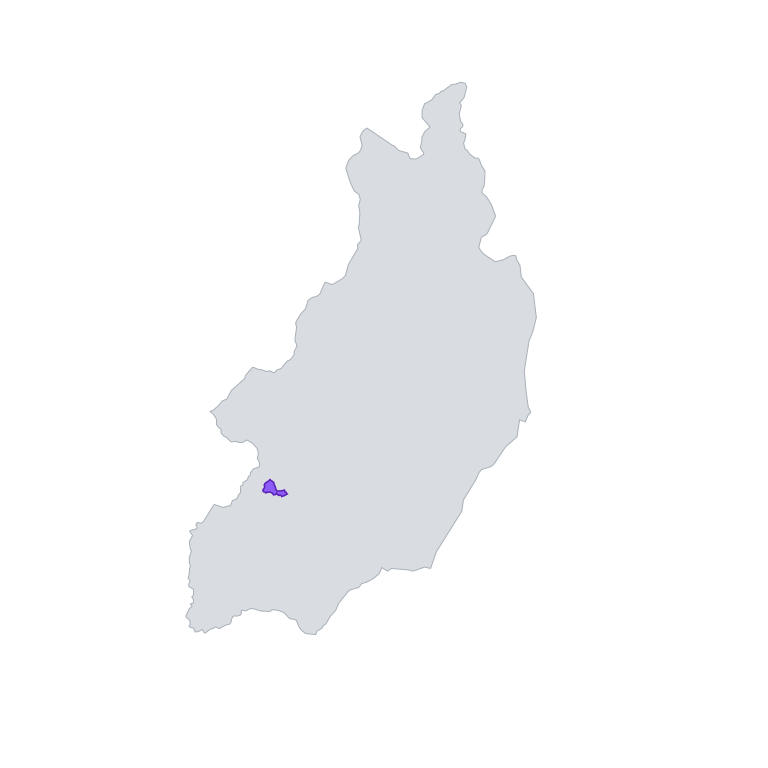 location of Tu'devtei, Dzavhan, Mongolia, rotated 296°
{"feature_id": "93677404B13111069178449", "entity_name": "Tu'devtei", "entity_type": "district", "adm_level": 2, "iso_a3": "MNG", "parent_name": "Mongolia", "parent_adm1": "Dzavhan", "projection": "albers", "projection_center": [96.497, 48.852], "detail": "fine", "context": "in_parent", "style": "filled", "palette": "violet", "viewbox_px": 768, "rotation_deg": 296, "n_neighbors": 0, "source": "geoboundaries", "source_scale": "gbopen_adm2", "svg_char_len": 5469}
<svg xmlns="http://www.w3.org/2000/svg" viewBox="0 0 768 768"><g transform="rotate(296 384 384)"><path d="M80.6,315.0L82.9,315.2L86.5,313.0L87.2,309.5L88.5,307.6L96.7,307.5L100.2,308.9L101.0,306.8L101.7,306.5L103.5,308.6L105.5,307.9L106.8,307.2L108.3,304.6L111.0,305.3L116.0,302.8L116.3,297.5L118.2,296.4L122.6,295.8L123.3,293.4L124.2,292.8L127.4,292.4L132.9,290.1L135.4,290.0L137.5,287.8L142.4,285.1L149.6,284.1L150.3,282.6L157.0,278.1L164.0,278.3L166.1,274.2L167.2,273.9L171.8,279.1L173.8,278.6L174.7,276.7L177.6,276.8L178.6,280.4L180.3,281.9L200.9,284.0L201.5,285.3L202.5,293.6L206.2,297.5L207.1,299.3L212.8,298.9L216.1,302.0L221.1,301.9L223.6,302.8L228.5,300.0L229.6,300.0L231.1,301.5L233.5,300.4L238.1,303.2L241.5,302.7L243.2,303.9L245.3,302.9L250.3,303.7L254.4,308.0L257.2,307.6L260.5,304.7L261.3,302.8L266.2,301.7L268.9,299.7L270.6,297.9L273.2,291.5L273.5,284.9L271.1,284.0L269.0,281.8L267.7,278.3L267.5,275.9L265.1,272.3L265.3,270.4L266.6,267.1L267.1,261.9L268.7,259.0L271.8,257.4L272.1,255.3L274.0,251.3L279.0,248.8L281.8,244.3L283.2,239.7L285.7,242.0L292.4,244.9L297.9,246.1L301.6,249.3L311.3,249.6L327.8,256.4L331.1,255.8L340.9,258.3L341.7,259.4L342.1,265.2L343.0,266.8L343.8,273.0L345.9,276.0L345.7,279.8L346.6,280.9L349.1,281.3L353.2,284.9L362.1,286.9L364.9,289.2L371.0,290.4L374.0,289.0L379.0,289.2L380.8,288.6L383.7,285.2L385.6,284.2L396.6,280.6L399.5,278.2L401.6,277.6L410.6,278.5L417.1,280.5L426.0,279.1L430.6,281.8L432.8,284.7L436.6,286.9L449.1,286.3L449.8,286.8L450.6,293.4L451.3,294.4L460.4,300.4L464.5,301.8L475.8,299.6L494.2,301.1L498.1,299.0L502.3,300.6L503.7,300.2L513.9,292.0L515.7,292.1L527.0,287.4L533.8,282.8L539.5,281.8L543.4,278.3L544.3,272.9L550.3,265.4L561.3,255.0L569.5,254.2L574.7,255.7L580.8,259.8L583.9,260.5L589.1,259.6L595.6,254.1L599.6,254.0L603.6,254.7L606.6,256.7L602.2,286.7L602.5,288.4L600.3,295.0L602.0,304.2L598.0,308.6L599.9,313.6L601.5,315.2L608.0,319.0L609.6,317.9L610.6,315.4L612.9,312.7L618.3,311.8L622.6,309.8L628.7,310.0L635.1,312.7L640.1,301.4L646.7,298.3L653.5,297.6L660.1,302.3L666.8,303.4L669.4,306.4L672.2,307.1L673.3,308.6L682.6,313.4L685.5,317.6L688.6,320.2L689.6,323.6L689.6,325.4L687.2,328.2L676.8,330.4L669.8,328.9L668.1,331.5L660.2,333.1L656.2,335.8L653.5,337.9L652.3,340.7L651.1,341.6L649.8,341.9L646.9,340.7L644.9,341.4L644.4,342.0L644.7,348.0L638.0,349.9L635.5,349.8L630.6,354.0L630.4,356.5L628.2,360.4L626.9,366.8L628.1,369.2L627.7,371.0L623.5,375.4L619.8,381.3L610.2,385.7L605.6,387.2L601.8,386.9L598.6,388.6L597.1,394.4L592.0,402.3L583.7,410.8L565.5,410.8L563.2,410.4L558.7,407.2L548.6,409.2L546.2,412.4L544.4,416.9L542.6,430.5L548.1,436.9L553.8,440.8L556.3,443.7L557.0,446.5L554.0,448.5L550.4,454.1L540.3,460.5L530.8,478.6L510.5,491.8L497.1,494.7L486.2,495.5L457.6,504.2L439.7,514.9L426.4,523.8L423.7,527.5L422.3,528.3L419.6,527.2L411.9,527.6L411.2,521.5L394.9,526.7L380.7,520.8L361.0,518.1L357.0,516.7L349.9,509.2L346.4,508.3L337.9,508.5L314.5,506.2L303.8,509.7L256.2,504.6L239.0,506.7L238.4,505.9L237.3,500.8L229.2,492.9L228.2,490.9L227.8,487.9L221.5,471.7L217.4,469.2L218.0,462.5L211.9,462.9L205.1,460.1L198.1,455.2L194.9,451.5L190.0,450.5L184.2,443.9L181.4,442.6L166.9,439.4L159.5,439.8L151.7,437.6L142.8,436.9L140.0,435.3L137.4,435.3L132.4,432.1L128.9,432.5L125.3,422.9L126.7,417.1L128.7,413.8L133.1,408.9L133.2,407.0L131.8,402.2L134.7,394.0L134.3,388.8L132.4,382.8L129.6,381.2L126.0,372.9L125.1,366.6L123.6,362.2L119.5,359.3L118.4,355.4L117.1,355.0L116.1,356.1L113.5,356.4L111.1,353.9L109.9,351.0L108.4,350.2L105.6,350.0L102.9,351.0L100.2,350.2L98.0,347.5L91.9,343.1L92.0,340.4L91.3,338.4L89.4,337.6L87.7,335.5L81.8,332.5L81.8,331.1L83.7,328.3L79.8,325.5L78.4,322.8L81.2,319.7L80.4,317.3L80.6,315.0Z" fill="#d9dde1" stroke="#a8b0b8" stroke-width="1"/><path d="M234.7,324.2L234.2,325.5L234.9,326.1L235.2,326.4L235.3,326.4L235.3,326.5L235.5,326.7L235.7,326.8L235.8,326.9L235.9,327.0L236.1,327.5L236.9,329.1L236.9,329.6L236.9,329.8L236.9,330.0L236.9,330.3L236.9,330.5L237.0,331.0L236.8,331.8L236.7,331.8L236.6,332.0L236.5,332.3L236.4,332.6L236.3,332.8L236.2,332.8L236.1,333.0L236.0,333.3L235.9,333.4L236.3,333.9L236.7,334.4L236.8,334.5L237.1,334.9L237.1,335.0L237.4,335.3L238.5,335.4L238.4,335.5L238.5,335.7L238.5,335.8L238.6,336.0L238.5,336.3L238.4,336.5L238.2,336.7L238.2,336.8L237.9,337.0L237.9,337.4L237.8,337.6L237.7,338.3L238.6,339.5L238.4,341.0L238.0,341.4L239.9,343.3L240.8,343.9L240.9,344.0L241.2,344.2L241.3,344.2L241.3,344.3L242.2,344.9L242.7,345.3L242.8,345.0L242.9,344.5L243.0,344.4L243.4,344.1L243.5,343.9L243.8,343.6L243.9,343.4L243.9,343.2L243.8,342.9L243.7,342.7L243.7,342.4L243.8,342.2L244.0,341.9L244.0,341.7L244.3,341.6L244.4,341.4L244.5,341.4L244.6,341.2L244.8,341.1L245.0,341.1L245.0,340.7L244.2,340.1L243.4,339.1L243.2,338.8L243.0,338.5L242.8,338.2L242.7,338.1L242.6,337.9L241.9,336.5L241.6,335.8L241.0,334.8L240.9,334.5L241.1,334.2L241.5,333.6L241.9,333.2L242.7,332.5L243.2,332.0L243.6,331.6L244.4,330.9L244.6,330.6L244.8,330.3L244.9,330.2L245.0,330.1L245.2,329.9L245.6,329.2L246.2,328.8L246.3,328.7L247.2,328.2L247.5,326.6L247.6,326.1L247.7,325.3L248.1,323.3L246.8,323.1L246.4,322.9L245.7,322.5L245.7,322.4L245.4,322.2L243.8,321.2L243.4,321.1L243.2,321.0L243.0,320.9L242.9,320.9L242.3,320.6L241.6,320.6L241.4,320.6L241.2,320.6L240.4,320.7L240.0,321.4L239.8,321.6L239.1,321.9L238.4,322.0L237.3,321.8L237.0,321.8L236.9,321.8L236.7,321.7L236.4,321.7L236.2,321.7L235.7,321.6L234.3,322.6L234.7,324.2L234.7,324.2Z" fill="#8b5cf6" stroke="#5b21b6" stroke-width="1.5"/></g></svg>